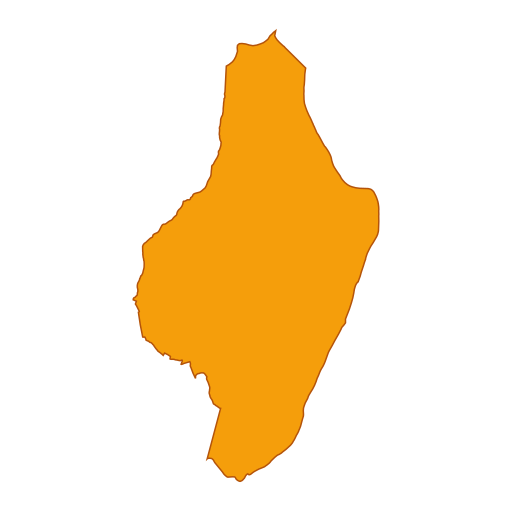 San Eduardo, Boyacá, Colombia (Equal Earth projection)
{"feature_id": "7082276B69252308572734", "entity_name": "San Eduardo", "entity_type": "district", "adm_level": 2, "iso_a3": "COL", "parent_name": "Colombia", "parent_adm1": "Boyacá", "projection": "equal_earth", "projection_center": [-73.043, 5.237], "detail": "fine", "context": "isolated", "style": "filled", "palette": "amber", "viewbox_px": 512, "rotation_deg": 0, "n_neighbors": 0, "source": "geoboundaries", "source_scale": "gbopen_adm2", "svg_char_len": 6057}
<svg xmlns="http://www.w3.org/2000/svg" viewBox="0 0 512 512"><path d="M345.5,322.8L345.5,319.0L349.4,309.0L351.4,302.8L352.8,297.8L353.7,293.4L354.4,289.1L355.3,286.1L355.9,284.6L356.4,283.8L357.4,282.3L358.2,281.8L358.3,281.3L360.2,276.1L361.2,272.4L363.6,265.2L364.3,262.8L365.6,259.1L365.7,258.1L366.3,256.1L367.3,253.2L369.7,248.3L371.0,245.9L373.1,242.7L376.6,236.7L377.6,234.4L378.2,232.1L378.4,231.2L378.5,230.0L378.8,221.2L378.7,215.9L378.8,214.4L378.7,210.9L378.8,209.5L378.7,207.0L378.3,203.8L377.8,201.4L376.7,198.1L375.7,195.7L373.8,192.0L372.6,190.6L371.2,189.5L370.3,189.1L368.3,188.6L359.7,188.3L355.8,187.8L352.0,186.8L349.8,186.0L347.5,184.7L344.9,182.6L343.0,180.5L342.4,179.8L341.2,178.1L340.1,175.9L339.5,175.0L337.2,171.8L334.6,167.8L333.6,166.0L332.6,163.4L331.7,160.4L331.3,158.2L331.0,157.0L330.4,155.4L329.9,154.3L328.7,152.0L327.4,149.9L325.5,147.1L324.6,146.3L322.7,143.0L320.0,137.9L318.0,134.4L317.3,133.6L316.6,132.3L315.5,129.6L315.0,128.6L314.6,127.5L313.3,124.8L312.9,123.6L312.4,122.7L311.4,120.3L309.9,117.1L309.0,115.5L307.1,111.2L306.7,110.2L305.6,107.2L304.9,104.9L304.5,103.7L304.2,101.4L304.0,99.5L303.9,95.0L303.8,94.2L304.0,90.9L303.9,88.7L303.9,87.2L304.3,84.4L304.5,81.4L304.6,80.1L304.7,76.7L304.8,74.2L305.5,68.9L305.7,68.1L285.2,47.8L284.1,46.5L283.3,46.0L279.3,42.3L278.8,41.7L277.1,39.9L275.8,38.0L274.7,35.8L275.7,30.7L275.1,31.2L273.6,32.3L271.8,34.2L270.1,35.7L268.0,39.2L265.4,41.3L263.4,42.7L260.7,43.8L256.8,45.1L252.9,45.7L249.1,45.0L245.8,44.0L242.0,43.5L239.3,43.7L237.5,45.3L237.2,47.6L237.5,51.4L235.8,56.6L234.2,59.6L232.5,61.8L229.1,64.5L226.3,66.1L225.0,92.1L224.6,93.4L224.5,94.2L224.9,95.7L224.9,96.8L224.7,98.0L224.1,98.5L224.0,100.8L223.6,103.1L223.6,104.3L223.2,108.5L223.2,110.2L223.1,112.1L222.8,113.1L222.7,114.3L222.4,115.4L221.7,116.4L220.7,119.2L220.6,121.1L220.5,122.8L220.1,125.9L219.5,127.1L219.4,128.4L219.6,129.5L219.5,131.3L219.3,133.2L219.3,134.9L219.6,135.6L219.6,137.4L219.9,139.0L220.2,140.1L221.2,142.2L221.0,143.5L220.9,145.3L220.2,147.8L219.5,149.8L219.0,150.6L218.5,151.2L218.4,152.3L218.6,154.1L217.9,155.9L216.9,158.0L216.1,159.2L214.4,162.1L213.3,164.4L212.0,165.5L211.7,166.5L211.6,168.5L211.3,171.2L211.1,174.2L210.6,176.5L207.7,181.6L206.3,185.8L205.1,187.9L201.4,191.1L199.8,192.1L196.0,193.1L194.2,193.7L193.2,194.5L192.6,195.6L192.4,196.4L190.7,197.7L190.4,198.9L189.7,199.7L189.2,199.8L187.3,199.8L185.7,200.8L184.2,201.3L183.7,201.2L183.3,201.5L183.1,202.4L182.9,203.6L182.5,204.9L181.9,206.2L181.1,207.4L180.1,208.6L179.0,209.5L178.2,210.5L177.5,211.6L176.9,213.3L176.8,214.3L176.4,215.1L175.8,215.7L174.8,216.4L173.6,217.6L172.2,219.5L171.3,220.2L169.6,221.0L168.4,221.8L165.8,223.8L164.6,224.2L163.6,224.2L162.7,224.6L162.0,225.3L161.1,226.9L159.4,230.3L158.6,231.5L157.6,232.5L154.6,233.8L153.8,234.3L153.1,234.9L152.4,237.1L152.0,237.4L151.0,237.8L150.0,238.5L147.4,240.9L146.0,242.3L144.3,243.4L143.2,244.9L142.6,246.5L142.7,251.4L142.9,252.7L142.8,254.1L143.2,257.4L143.6,258.9L143.7,260.1L144.1,261.4L144.2,263.9L144.1,267.2L143.8,268.8L143.3,270.6L142.8,272.9L142.1,274.5L141.4,275.6L140.8,275.9L140.1,278.1L139.7,278.6L139.6,279.5L138.9,281.1L137.8,283.1L137.6,283.8L137.3,285.3L137.3,287.3L137.8,289.5L137.9,290.9L137.8,291.7L137.4,292.8L137.3,294.4L137.0,295.4L135.9,296.3L135.2,297.2L133.9,297.8L133.4,298.5L133.2,299.8L136.4,301.2L135.4,304.0L136.5,305.7L139.2,311.2L139.3,311.5L138.7,312.2L138.4,312.3L140.3,324.9L142.7,337.0L142.9,337.1L144.8,337.1L145.0,337.2L145.9,339.3L146.0,339.9L146.2,340.3L146.7,340.4L147.1,340.7L147.5,340.9L148.1,341.0L148.6,341.3L150.0,342.4L151.2,342.7L151.7,343.2L152.0,343.4L152.6,344.2L153.6,345.2L154.3,346.4L156.2,349.0L156.7,349.5L158.0,351.2L160.4,352.9L161.1,353.6L162.0,354.2L163.2,355.4L164.6,353.1L167.7,354.6L170.4,356.4L170.1,358.4L170.0,358.9L170.2,359.1L171.5,359.3L172.3,359.2L172.8,359.3L174.0,359.3L175.2,359.8L177.4,360.1L178.0,360.3L180.2,360.7L180.8,360.4L181.2,360.3L182.0,360.1L182.3,360.5L182.3,361.0L181.9,362.1L181.7,362.5L181.6,362.9L181.2,363.9L181.1,364.3L181.3,364.4L182.9,364.0L183.4,363.6L189.8,361.7L190.2,362.6L190.5,364.0L190.3,365.2L190.3,365.9L190.5,366.7L190.8,367.2L193.0,373.1L195.5,378.4L195.6,376.0L195.7,375.5L197.0,374.2L197.7,373.7L198.9,373.6L199.8,373.2L201.2,372.8L202.1,372.9L203.2,372.8L204.0,373.2L204.9,374.0L206.0,375.5L206.9,376.9L206.7,377.4L206.6,378.0L206.6,378.6L206.7,379.3L207.3,380.6L208.1,382.3L209.6,386.7L209.8,387.8L209.7,389.0L209.5,390.1L209.5,391.1L209.2,391.9L209.2,393.3L210.0,396.0L210.0,396.4L210.3,397.2L210.8,398.1L212.1,400.1L212.6,401.3L213.4,403.7L213.8,404.1L214.9,404.6L215.2,405.0L215.8,405.5L217.2,406.3L218.2,407.1L218.5,407.2L219.4,408.0L219.8,408.1L220.2,408.4L220.6,408.4L207.2,458.8L207.5,458.5L207.8,458.4L209.6,458.2L210.3,458.3L211.5,458.5L212.2,458.9L212.7,459.3L213.5,460.2L214.1,461.4L214.8,462.6L222.4,471.9L223.9,474.1L225.3,475.5L226.8,476.7L227.3,477.0L228.0,477.1L228.3,477.1L232.4,476.8L234.5,476.9L234.8,477.0L235.3,477.5L236.3,479.3L237.5,480.3L238.8,481.0L239.8,481.3L240.3,481.3L241.8,480.7L242.8,479.9L244.5,478.0L245.4,476.2L245.9,475.4L246.5,474.7L247.5,473.9L248.3,474.2L248.8,474.7L249.0,474.7L249.6,474.7L250.6,474.3L251.9,473.3L252.6,472.7L254.5,471.4L258.8,469.1L263.0,467.4L264.2,466.9L264.9,466.5L265.6,465.9L266.7,465.2L269.2,463.2L270.3,462.0L271.1,460.9L274.8,457.3L277.1,455.4L277.5,455.1L279.0,454.5L281.0,453.3L281.7,452.8L282.4,452.1L285.8,449.5L286.7,448.7L290.6,445.1L292.3,443.0L292.9,442.0L293.3,441.2L294.1,440.0L295.0,438.3L296.5,435.1L297.5,433.5L297.8,432.8L298.5,431.5L299.0,430.0L299.2,429.7L300.6,426.1L302.4,419.3L303.4,416.0L303.5,414.2L303.3,410.7L303.5,408.2L303.6,407.7L304.2,405.8L305.2,403.0L307.6,398.5L308.4,396.2L309.0,395.0L310.9,391.8L312.6,389.1L314.5,385.4L316.1,381.5L317.1,378.4L318.5,375.4L319.9,371.8L320.8,369.9L321.4,368.8L322.4,367.2L323.1,366.0L324.4,363.3L325.2,361.3L327.7,354.3L328.4,352.4L329.4,350.4L332.2,345.5L334.9,340.4L338.5,334.1L341.0,329.3L341.8,327.4L344.0,324.9L345.0,323.5L345.5,322.8Z" fill="#f59e0b" stroke="#b45309" stroke-width="1.5"/></svg>